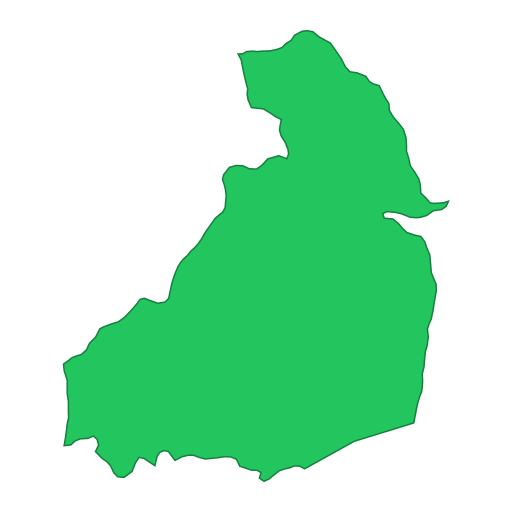 Assis, São Paulo, Brazil
{"feature_id": "56859067B72357752208353", "entity_name": "Assis", "entity_type": "district", "adm_level": 2, "iso_a3": "BRA", "parent_name": "Brazil", "parent_adm1": "São Paulo", "projection": "natural_earth1", "projection_center": [-50.43, -22.579], "detail": "fine", "context": "isolated", "style": "filled", "palette": "green", "viewbox_px": 512, "rotation_deg": 0, "n_neighbors": 0, "source": "geoboundaries", "source_scale": "gbopen_adm2", "svg_char_len": 2826}
<svg xmlns="http://www.w3.org/2000/svg" viewBox="0 0 512 512"><path d="M379.2,85.6L373.1,83.9L369.3,81.4L365.8,76.3L357.3,72.9L350.0,71.8L345.5,67.0L341.0,58.3L338.0,54.0L334.4,48.7L330.2,42.9L326.2,40.8L319.0,36.8L313.0,31.8L307.5,30.7L302.2,31.2L294.6,35.2L291.0,40.5L285.5,43.9L282.3,47.4L277.4,49.3L269.9,50.9L262.6,51.1L257.2,51.6L252.8,51.1L246.5,51.6L242.8,53.8L238.1,54.0L241.2,59.9L243.1,69.7L244.3,75.5L246.1,82.9L247.7,88.8L247.1,94.1L248.1,99.9L251.4,107.6L256.3,108.1L263.4,108.9L270.5,113.2L275.9,116.9L281.3,119.5L280.2,125.2L279.5,130.1L281.2,136.0L285.2,142.4L287.9,149.0L288.6,154.0L286.8,158.8L278.8,155.7L274.4,157.0L267.9,158.8L261.7,165.5L256.5,169.1L249.0,168.7L242.7,165.7L236.0,165.5L229.5,167.3L223.6,174.7L222.5,179.5L224.3,184.8L225.6,190.4L226.2,196.0L225.6,202.3L225.1,207.6L222.7,212.1L219.0,215.1L215.3,218.2L208.9,227.2L204.8,233.1L201.6,238.9L197.8,244.2L194.5,247.9L190.9,251.0L187.3,255.6L184.0,258.5L180.7,262.3L178.1,266.4L175.1,273.4L172.0,282.7L170.3,290.4L168.7,298.4L165.1,302.0L158.0,303.3L150.2,300.6L144.4,298.3L140.2,299.3L137.1,303.5L132.8,308.6L129.8,311.8L125.0,316.9L118.3,321.9L111.8,323.8L103.5,326.9L99.9,328.8L95.7,337.0L89.5,343.3L86.6,349.7L81.3,354.5L77.0,355.8L72.0,357.7L67.3,361.4L63.5,364.1L64.2,370.7L67.2,380.2L67.2,388.0L67.2,393.4L68.4,401.4L68.4,411.8L68.6,417.9L67.3,423.4L66.2,432.7L65.2,439.4L64.1,445.7L70.9,444.9L75.0,441.0L80.0,438.9L87.8,438.4L93.5,436.0L97.1,439.4L98.6,445.0L95.5,451.6L102.2,458.5L106.8,461.6L110.7,466.0L113.8,472.8L117.8,476.8L124.0,477.4L132.0,471.5L135.5,462.7L139.1,457.4L144.0,458.4L154.9,465.7L157.1,456.4L159.8,452.3L164.3,450.6L168.5,451.6L171.3,455.5L175.0,460.4L181.6,456.9L187.9,455.3L193.3,455.2L199.2,457.4L205.4,459.0L210.2,458.5L218.0,457.7L224.5,456.7L230.8,456.9L236.5,459.3L239.7,466.2L246.1,468.3L251.5,470.2L256.9,470.2L261.0,472.6L259.4,478.2L264.1,481.3L269.2,478.9L273.1,475.7L279.0,470.9L284.1,469.1L290.1,467.7L294.4,465.9L299.9,466.2L304.6,468.8L354.2,441.3L413.8,422.9L416.2,410.3L417.6,403.6L419.8,396.2L421.6,391.9L422.3,386.9L422.6,380.8L422.3,373.9L424.0,367.0L424.6,358.8L425.4,351.6L427.2,345.3L428.3,336.8L427.4,329.1L429.1,323.8L431.1,319.4L432.9,311.1L434.4,301.8L436.3,290.6L436.1,284.2L433.6,278.4L431.3,272.5L430.7,265.4L429.8,254.9L426.9,248.1L424.9,242.0L420.9,236.5L414.0,234.9L406.9,232.5L402.9,228.8L398.7,223.8L392.9,219.0L384.3,218.2L382.7,213.6L387.1,211.6L395.5,212.4L400.9,213.6L410.4,217.3L416.3,217.7L420.3,217.4L426.7,215.5L433.4,210.7L441.7,209.5L446.2,206.3L448.5,201.2L443.4,202.8L434.5,203.4L430.0,202.9L425.8,197.8L420.8,193.1L420.3,184.5L418.7,178.7L415.0,172.6L410.3,165.7L408.6,157.9L406.5,151.3L406.5,145.3L406.0,137.6L403.4,129.4L398.9,123.5L393.4,117.2L389.3,110.3L388.9,103.6L385.3,98.0L382.3,92.2L379.2,85.6Z" fill="#22c55e" stroke="#15803d" stroke-width="1.5"/></svg>